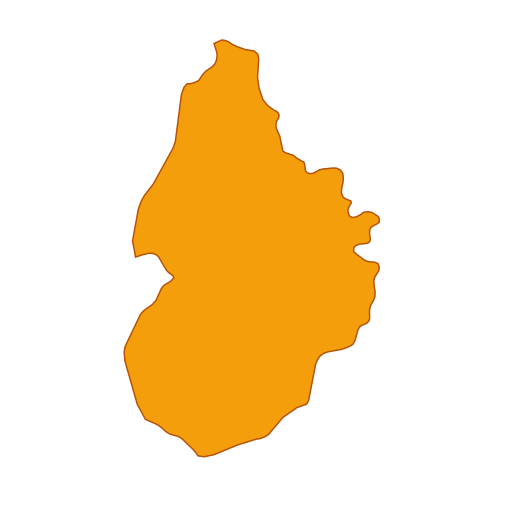 the border of Salaj, rotated 280°
{"feature_id": "ROU-300", "entity_name": "Salaj", "entity_type": "County", "adm_level": 1, "iso_a3": "ROU", "parent_name": "Romania", "parent_adm1": "", "projection": "mercator", "projection_center": [23.232, 47.144], "detail": "fine", "context": "isolated", "style": "filled", "palette": "amber", "viewbox_px": 512, "rotation_deg": 280, "n_neighbors": 0, "source": "natural_earth", "source_scale": "10m", "svg_char_len": 2215}
<svg xmlns="http://www.w3.org/2000/svg" viewBox="0 0 512 512"><g transform="rotate(280 256 256)"><path d="M458.0,177.8L462.8,184.9L462.9,188.0L462.3,191.6L460.4,195.6L458.9,201.0L457.4,209.7L457.6,218.5L455.2,222.6L450.4,224.5L432.1,226.5L421.9,229.8L411.1,235.7L406.3,241.2L403.5,246.7L401.3,252.4L398.7,254.3L395.8,254.3L392.6,252.9L389.1,252.7L385.1,253.9L378.1,258.6L363.9,264.3L362.8,267.2L362.2,270.9L361.8,274.8L359.5,279.1L357.5,284.3L356.8,286.7L354.8,288.0L348.5,289.9L346.8,292.1L346.5,295.2L347.5,298.1L351.8,303.5L353.2,306.5L356.0,316.5L356.5,320.0L355.3,324.4L352.2,327.2L347.6,328.5L343.6,328.9L336.6,328.6L332.9,329.2L329.3,331.3L327.9,334.0L326.7,339.8L324.9,340.6L319.7,338.7L316.5,338.6L312.0,340.7L310.6,343.8L311.8,347.7L314.5,351.3L317.8,354.5L319.1,358.7L319.0,362.8L316.3,369.2L313.6,371.2L310.6,371.4L308.5,369.4L306.5,366.7L304.4,364.5L301.9,363.5L298.6,363.7L292.0,365.8L289.3,365.2L287.7,363.1L285.7,356.1L283.7,352.6L281.1,350.9L277.3,351.4L275.2,354.7L271.0,363.1L270.1,366.3L270.0,370.0L270.6,373.6L269.7,377.4L266.8,379.2L263.0,379.5L256.0,376.7L252.4,376.3L248.0,377.2L241.9,379.4L236.6,380.2L232.0,379.2L228.6,377.9L225.1,377.2L221.3,377.3L214.6,378.7L211.7,378.5L209.3,377.0L207.7,374.8L206.2,372.2L204.0,370.3L201.1,369.3L189.6,368.1L185.6,366.6L182.5,362.8L179.1,356.9L174.0,343.2L171.6,339.1L168.5,336.4L165.1,334.7L159.6,333.5L122.6,332.9L118.9,331.5L113.8,322.6L101.7,310.5L82.4,299.3L79.0,295.4L76.9,291.8L75.7,288.1L66.6,270.4L53.1,249.3L49.3,239.8L49.1,233.6L51.7,231.1L54.4,227.9L62.3,216.2L64.2,212.8L65.0,209.3L65.3,205.4L65.9,201.4L67.4,197.8L71.0,192.0L72.8,188.2L75.9,175.5L89.2,164.9L129.9,145.1L138.5,142.8L144.5,142.9L178.6,152.4L182.9,155.1L190.3,162.4L194.9,165.2L207.7,168.5L210.9,170.2L216.3,176.3L220.0,178.8L221.7,178.0L223.1,175.9L224.5,172.9L226.5,170.2L238.5,160.0L240.1,157.1L240.6,153.8L240.1,150.2L237.6,144.1L234.0,137.6L249.5,131.8L282.0,132.0L290.2,133.5L296.4,135.7L308.9,142.3L347.6,155.5L354.7,156.7L402.3,154.5L409.6,155.8L413.6,158.2L414.4,161.8L416.2,165.4L418.9,169.1L425.2,171.9L428.8,174.1L431.7,176.8L434.2,179.6L438.3,182.3L442.2,183.1L446.7,182.9L450.1,181.8L458.0,177.8Z" fill="#f59e0b" stroke="#b45309" stroke-width="1.5"/></g></svg>